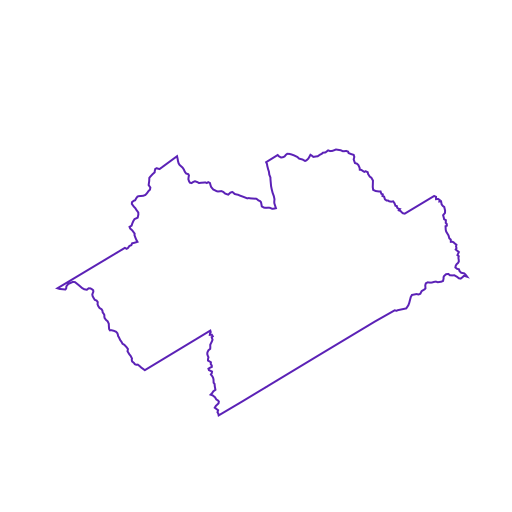 outline of Buritis, Rondônia, Brazil, rotated 149°
{"feature_id": "56859067B51583375651636", "entity_name": "Buritis", "entity_type": "district", "adm_level": 2, "iso_a3": "BRA", "parent_name": "Brazil", "parent_adm1": "Rondônia", "projection": "orthographic", "projection_center": [-63.964, -10.088], "detail": "fine", "context": "isolated", "style": "outline", "palette": "violet", "viewbox_px": 512, "rotation_deg": 149, "n_neighbors": 0, "source": "geoboundaries", "source_scale": "gbopen_adm2", "svg_char_len": 5337}
<svg xmlns="http://www.w3.org/2000/svg" viewBox="0 0 512 512"><g transform="rotate(149 256 256)"><path d="M72.4,215.7L106.7,215.7L108.1,217.0L108.6,218.5L108.9,220.1L110.0,221.5L108.5,222.1L109.6,223.2L110.1,224.7L109.6,226.3L110.6,227.2L110.1,229.9L110.3,232.2L112.1,232.9L113.7,234.3L114.3,235.6L115.5,236.3L116.3,238.2L115.6,240.9L116.7,242.3L115.6,243.5L116.5,244.8L116.0,247.2L117.3,247.9L120.0,250.1L121.5,252.3L120.4,255.0L116.9,260.4L116.8,263.7L117.6,265.4L117.7,268.5L117.1,270.3L118.4,272.2L119.8,272.3L120.6,273.8L121.4,275.6L122.6,276.5L121.8,278.2L121.4,281.2L121.9,283.1L123.3,284.7L122.9,286.8L122.5,288.5L120.7,290.3L120.2,292.4L121.9,294.3L123.6,296.5L123.3,298.0L124.6,299.6L126.2,300.3L127.7,301.2L128.9,303.0L132.6,306.1L134.5,306.4L136.5,306.8L138.5,307.8L139.8,309.4L141.4,309.2L143.1,309.0L145.6,310.1L147.0,309.7L149.0,309.9L151.8,309.7L153.0,310.3L154.3,310.8L155.8,311.4L156.4,313.1L157.2,314.7L159.4,313.4L161.1,312.5L163.6,312.0L165.0,312.2L166.4,314.7L168.9,317.3L169.5,319.5L171.6,322.7L173.4,324.9L175.0,326.5L176.6,327.5L178.4,327.3L180.2,326.6L182.0,326.8L183.8,327.5L185.1,329.8L185.4,331.4L199.0,331.2L199.2,329.2L199.9,327.5L200.9,324.2L201.5,321.6L202.7,318.9L203.2,315.9L204.1,314.3L207.1,308.1L208.1,305.3L209.2,301.7L209.5,300.1L209.9,298.1L210.9,295.2L212.6,292.8L213.2,291.5L214.3,286.7L216.1,287.3L217.8,288.1L219.3,290.2L220.6,291.1L222.7,292.2L224.2,293.3L225.5,295.5L224.4,298.4L224.0,299.7L224.3,301.1L225.3,302.4L225.8,304.0L226.5,305.2L228.0,306.1L231.0,308.2L232.4,309.4L233.8,309.9L236.5,313.4L238.7,316.1L239.8,317.7L240.9,318.7L242.4,320.2L242.8,321.9L243.4,323.1L245.3,323.5L248.2,322.9L249.5,324.4L250.4,325.6L251.0,327.7L252.2,329.4L255.4,330.9L256.4,331.9L257.5,333.7L258.4,335.0L258.9,338.1L258.6,339.8L257.9,342.3L258.9,343.9L260.6,343.9L261.6,345.2L263.3,346.0L265.4,347.1L267.3,347.9L268.1,349.4L269.8,351.5L271.8,351.8L273.7,351.7L274.9,352.9L274.9,354.6L274.4,356.7L273.0,358.5L272.0,359.6L271.9,361.0L273.4,362.7L273.6,364.5L273.5,365.9L273.3,367.3L273.4,369.5L274.6,373.5L274.6,375.3L273.9,377.8L273.3,379.2L272.3,382.2L293.9,380.2L295.0,381.3L295.9,382.4L297.5,382.5L299.0,381.0L299.8,379.9L302.5,379.4L305.9,378.4L307.2,377.9L308.9,375.3L311.5,372.1L311.3,369.1L312.7,367.5L314.8,367.0L316.1,366.4L317.3,365.9L319.4,365.3L321.6,365.7L323.1,366.4L325.5,367.6L326.9,368.0L328.9,367.2L330.9,366.0L332.3,366.3L334.6,366.0L335.6,364.6L335.3,361.3L334.8,359.1L334.8,357.1L334.6,355.3L334.5,353.9L335.5,352.1L337.7,349.8L341.1,350.2L343.2,349.1L345.3,347.6L347.0,346.1L349.4,346.1L349.7,344.3L348.9,341.8L348.7,339.8L348.5,337.7L349.4,336.5L349.9,334.0L350.2,331.9L350.3,329.2L352.0,329.6L353.9,330.1L355.6,330.7L357.3,329.5L359.3,329.8L361.7,328.8L363.2,328.8L364.2,330.5L442.8,330.6L441.3,328.9L436.7,325.5L435.5,325.9L434.1,327.7L431.4,328.7L426.2,328.1L424.6,326.8L423.0,322.5L422.3,320.4L421.6,318.2L420.4,316.0L418.4,314.2L416.1,314.5L414.6,313.5L413.7,311.9L413.2,310.5L413.8,309.2L416.1,307.4L416.7,305.8L416.8,304.0L416.8,301.5L415.6,299.9L415.4,298.0L416.7,296.2L417.0,294.3L416.9,292.0L415.8,289.9L415.8,288.3L416.5,286.5L416.3,285.1L416.4,283.5L417.1,282.4L417.7,280.9L417.5,278.5L416.8,276.4L417.1,273.7L418.1,271.9L419.5,269.1L419.5,267.5L418.2,266.9L416.4,265.1L415.0,263.2L414.6,261.3L414.9,259.8L415.4,258.5L415.4,256.8L415.7,254.0L415.5,251.6L415.6,249.5L414.6,247.7L413.9,244.5L413.7,242.2L415.2,240.5L415.2,238.9L415.2,236.9L414.9,235.1L415.1,232.0L416.0,231.0L416.5,229.4L415.7,227.2L415.6,225.7L414.6,224.4L413.3,223.8L412.5,221.8L411.8,219.4L410.8,217.1L410.1,215.4L335.2,215.6L333.6,215.6L334.0,214.1L335.3,213.3L336.2,212.2L334.4,211.3L334.4,209.4L335.8,209.3L336.4,206.6L337.8,205.5L340.9,203.5L342.3,201.1L343.1,200.0L345.3,199.7L347.3,198.4L348.3,197.0L348.7,195.4L348.9,193.7L350.3,192.3L351.0,191.1L350.1,189.5L349.4,188.1L350.5,186.6L350.3,185.0L351.0,183.7L352.5,183.9L354.8,183.9L355.1,182.4L354.2,181.1L353.2,179.6L354.2,178.4L355.7,177.7L355.4,175.4L355.5,173.7L356.0,172.1L357.6,169.2L357.4,167.7L358.5,165.4L359.7,162.2L362.3,162.0L364.1,161.1L366.3,160.5L364.9,158.8L363.9,156.0L363.9,153.5L363.0,151.7L362.8,150.4L364.0,149.0L367.6,148.2L369.5,147.2L367.9,143.3L369.5,141.9L369.5,140.4L370.1,138.6L342.8,138.4L300.6,138.5L252.0,138.6L242.0,138.6L189.5,138.6L188.1,138.6L165.1,138.0L163.8,136.7L162.3,136.5L154.2,133.7L150.8,135.3L148.9,136.8L144.5,141.1L142.4,142.3L138.0,140.7L136.5,139.3L134.6,139.0L132.1,140.6L128.6,140.6L127.4,141.0L126.0,143.7L124.5,145.1L122.4,145.0L120.6,143.6L119.0,142.7L116.7,142.1L115.0,141.4L113.7,139.9L110.3,138.5L108.5,138.3L106.8,140.1L106.1,141.3L105.0,142.0L102.4,142.5L100.3,141.5L99.8,139.7L97.8,138.3L95.9,137.3L94.3,134.4L93.6,132.4L92.2,131.2L89.7,131.5L88.2,131.9L87.0,131.0L85.7,129.5L86.0,132.2L86.5,133.9L88.8,136.0L89.3,138.3L88.9,140.1L90.3,141.5L91.0,143.5L89.7,144.9L88.1,145.7L86.4,146.0L85.0,146.8L84.2,148.3L83.5,150.1L82.3,151.4L82.9,153.0L80.1,154.9L81.5,158.7L80.1,159.5L79.6,161.2L78.4,162.4L79.3,164.7L79.6,166.0L80.4,167.1L81.7,167.8L80.6,169.8L81.2,171.5L80.4,174.5L80.4,176.8L80.4,179.0L79.9,180.7L78.2,183.9L76.8,183.7L76.0,185.2L76.3,186.7L74.8,188.9L75.8,190.6L75.3,192.1L74.6,194.6L71.8,195.6L70.5,197.6L69.4,201.1L70.1,202.7L70.3,204.6L69.2,207.6L70.7,208.3L69.7,209.3L70.5,211.1L72.4,212.0L71.2,214.0L72.4,215.7Z" fill="none" stroke="#5b21b6" stroke-width="2"/></g></svg>